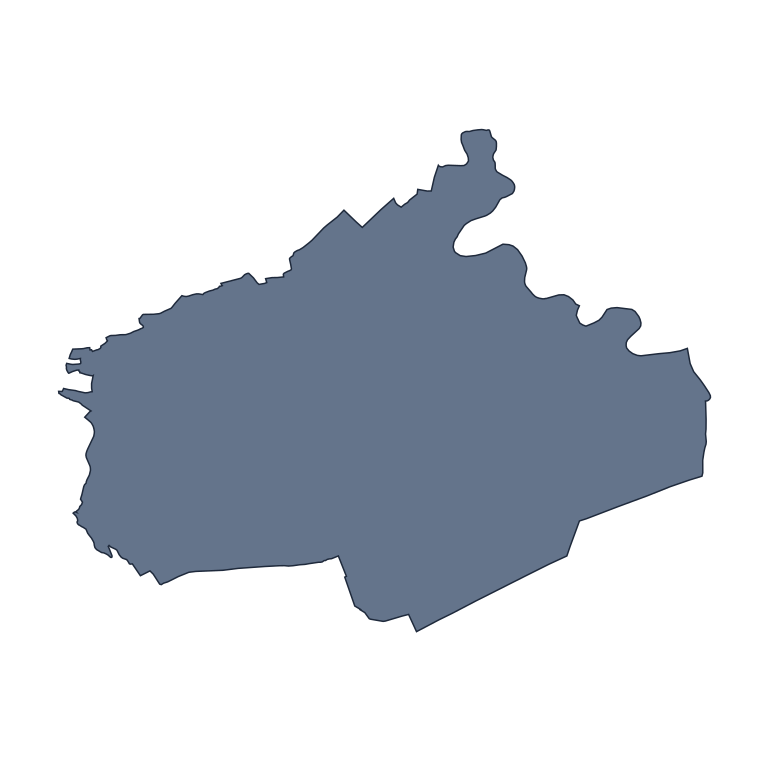 the district of Grosi, Maramures, Romania, rotated 177°
{"feature_id": "2599482B61705992201694", "entity_name": "Grosi", "entity_type": "district", "adm_level": 2, "iso_a3": "ROU", "parent_name": "Romania", "parent_adm1": "Maramures", "projection": "natural_earth1", "projection_center": [23.601, 47.611], "detail": "fine", "context": "isolated", "style": "filled", "palette": "slate", "viewbox_px": 768, "rotation_deg": 177, "n_neighbors": 0, "source": "geoboundaries", "source_scale": "gbopen_adm2", "svg_char_len": 6133}
<svg xmlns="http://www.w3.org/2000/svg" viewBox="0 0 768 768"><g transform="rotate(177 384 384)"><path d="M318.3,599.5L322.9,587.8L326.7,574.3L330.6,574.4L340.1,576.6L341.0,571.9L348.8,566.4L350.9,564.0L354.0,562.4L357.6,559.7L361.2,562.2L362.9,564.3L364.6,568.9L377.7,558.5L397.5,541.5L403.1,547.1L414.9,559.7L421.9,553.2L432.5,545.7L436.1,542.9L448.4,531.3L451.9,528.6L457.7,524.5L461.4,522.5L463.5,521.9L464.9,521.2L466.2,520.5L467.2,519.6L468.1,517.0L468.7,516.5L469.7,516.1L471.6,514.5L471.8,513.9L471.7,512.9L470.9,508.1L470.4,503.8L470.8,502.9L472.4,502.1L474.1,501.6L477.9,499.9L478.8,498.9L478.6,496.2L484.9,495.9L490.2,496.1L496.7,495.4L495.8,491.4L497.9,490.7L503.6,490.0L505.4,491.7L508.8,496.8L513.3,501.6L514.3,501.6L515.8,501.2L517.5,500.4L520.2,497.9L520.8,497.5L522.0,497.0L541.6,493.0L540.7,491.1L540.4,490.7L542.6,490.1L543.2,490.2L544.0,489.0L545.6,487.9L547.7,487.6L549.9,486.7L553.5,486.0L557.8,484.6L559.2,483.9L560.2,482.8L564.3,483.7L566.6,483.8L570.3,483.2L574.6,482.0L577.0,481.7L579.3,482.1L581.2,482.8L588.3,475.6L591.6,471.8L592.6,470.8L593.3,470.5L599.4,468.2L603.3,466.4L604.8,466.0L610.4,465.7L620.7,466.1L621.5,465.7L623.9,462.8L624.3,462.3L625.2,462.2L624.9,458.7L624.6,457.7L623.3,456.2L622.1,455.3L621.7,454.8L621.4,454.0L621.3,453.5L621.4,453.1L622.5,452.4L624.6,451.8L624.8,451.5L627.3,450.6L631.2,449.5L634.5,448.0L638.8,446.9L639.8,446.8L644.7,447.0L649.5,446.6L654.2,446.7L655.2,446.5L659.1,444.8L658.5,442.4L657.9,441.9L658.0,441.4L660.5,439.2L664.6,436.8L664.8,436.6L664.9,435.2L665.7,434.3L668.0,433.2L668.8,433.2L673.4,431.8L674.3,433.5L675.8,433.4L676.0,435.7L678.6,435.7L682.2,435.1L684.3,435.0L693.0,435.1L694.2,432.6L695.8,429.7L697.1,426.0L694.7,425.3L691.5,424.8L689.0,424.9L685.8,425.4L686.0,424.0L685.6,421.9L685.8,420.5L686.4,420.1L688.1,419.9L693.8,419.8L695.6,420.1L699.8,421.2L700.5,419.4L700.2,417.5L700.4,416.4L700.3,415.4L700.0,414.3L699.1,412.4L698.4,411.3L698.0,411.3L694.5,412.7L691.6,413.5L690.1,413.9L688.2,413.9L688.3,413.6L688.2,413.2L687.1,412.1L687.2,411.2L685.2,410.6L681.5,409.1L677.2,407.9L674.8,407.4L674.3,407.4L674.0,407.6L676.0,399.7L676.2,395.1L675.8,391.6L677.3,391.5L680.1,390.9L682.9,390.8L690.0,392.7L692.5,393.6L699.3,394.9L704.2,396.3L704.7,395.2L705.8,393.4L709.3,393.7L709.1,391.6L708.4,391.4L707.0,390.0L701.4,386.5L699.3,386.2L699.0,385.9L698.7,385.1L696.2,384.2L695.4,383.6L689.8,381.9L687.2,379.7L686.5,378.7L678.0,372.4L679.3,371.7L684.6,366.5L679.2,361.5L678.2,360.3L676.8,357.5L676.4,356.2L676.0,354.3L675.7,351.8L675.9,349.9L676.6,347.0L683.2,334.8L684.4,332.3L685.2,329.9L685.4,328.3L685.1,326.1L682.2,318.3L681.7,316.7L681.6,314.3L681.7,312.9L683.0,308.5L685.6,304.0L686.4,302.1L686.7,300.6L688.3,299.1L689.2,297.3L691.4,289.6L693.1,284.9L691.3,281.8L692.3,279.4L694.1,277.7L694.4,277.1L694.7,276.0L695.2,275.2L696.1,274.3L697.4,273.4L698.2,272.6L697.7,271.9L699.0,272.5L700.0,272.2L701.2,271.3L698.6,268.4L697.4,266.1L697.1,264.6L697.1,263.2L697.7,262.4L697.7,261.7L697.3,260.5L696.3,259.3L695.4,258.9L693.4,257.4L691.9,256.6L689.2,254.6L687.7,250.5L686.3,248.3L684.2,245.4L682.3,241.6L681.9,240.2L681.7,237.8L681.2,235.7L679.7,233.7L674.9,230.5L672.6,230.0L670.1,228.7L668.5,227.6L666.1,225.2L665.1,225.1L664.7,225.5L664.6,226.7L667.0,233.9L667.9,236.3L667.0,237.2L665.6,235.7L660.6,233.0L659.4,232.0L657.4,227.4L655.6,224.9L654.1,223.7L650.2,222.1L649.0,220.4L647.7,217.8L646.9,217.4L644.7,217.5L637.3,205.3L627.5,209.6L624.4,206.2L618.5,195.9L616.9,195.3L614.6,196.6L610.4,197.7L599.4,202.5L588.7,206.2L581.7,206.7L554.6,206.4L539.4,207.5L512.7,208.0L498.6,208.0L493.0,207.8L488.9,207.2L484.3,207.3L477.6,207.9L472.3,208.0L468.3,208.5L458.8,209.4L456.7,209.3L454.9,209.6L453.1,210.8L451.6,210.8L449.9,211.8L447.7,212.2L445.5,212.3L438.6,214.7L431.6,193.9L433.3,193.2L424.8,163.8L419.2,160.1L419.6,159.8L415.1,156.7L411.1,150.5L410.3,150.0L409.2,149.7L397.3,147.0L395.0,147.2L378.0,151.3L371.5,152.6L364.5,135.0L341.5,145.6L327.7,151.5L303.7,162.5L252.8,184.9L228.7,195.4L210.4,202.7L206.6,212.2L196.0,237.0L188.8,238.9L156.7,249.3L126.8,258.6L103.9,266.4L83.7,272.2L71.3,275.3L70.3,278.6L69.7,291.2L68.1,299.1L66.9,303.6L65.6,307.0L65.2,309.6L65.5,317.3L64.8,322.0L64.2,331.9L63.8,349.1L63.9,350.1L61.9,350.3L60.7,350.9L59.5,352.0L58.7,353.4L58.7,355.3L60.0,358.4L64.3,365.8L67.9,371.5L74.1,380.1L77.2,388.4L79.2,403.7L86.4,401.6L96.9,400.3L107.9,399.9L125.9,398.7L129.5,399.3L134.0,401.3L137.5,404.1L139.8,407.2L140.2,409.7L139.9,412.7L138.4,415.5L135.1,418.7L126.3,426.0L124.6,428.6L124.2,431.5L124.9,435.1L126.0,438.0L129.5,443.3L132.6,445.5L147.3,448.1L153.2,447.9L157.4,446.7L162.8,439.3L166.0,436.4L171.2,434.0L179.3,431.2L182.5,432.6L185.3,434.6L187.7,440.4L188.4,442.5L186.9,447.7L184.8,451.9L188.3,453.8L191.0,458.1L195.2,461.7L199.6,463.7L204.8,463.8L217.9,460.8L218.5,461.0L219.2,460.7L221.3,460.8L224.7,461.6L227.1,462.6L228.8,463.8L231.1,466.3L232.1,467.8L236.6,473.6L237.4,474.8L238.2,477.4L238.3,479.1L237.9,482.9L235.6,490.6L235.4,492.2L235.6,493.8L236.5,497.6L239.4,504.5L243.6,511.2L247.9,515.0L251.9,516.6L257.9,517.4L275.6,509.4L285.8,507.5L295.4,507.0L301.2,508.2L305.6,511.4L306.7,512.8L307.8,517.1L306.8,521.9L305.2,524.9L303.3,527.1L301.9,529.9L295.6,538.2L293.3,539.9L288.6,542.6L283.7,544.1L274.6,546.4L272.6,547.1L268.9,549.1L266.4,551.1L263.3,554.6L258.6,562.0L256.2,563.7L253.7,564.1L251.7,564.8L245.8,567.5L244.1,569.9L243.5,571.7L243.2,573.6L243.2,574.8L243.5,576.4L244.4,578.1L245.5,579.8L246.7,581.1L250.1,583.6L254.7,586.3L259.3,589.4L260.3,590.2L261.3,592.2L261.6,593.3L261.6,594.7L261.5,596.0L261.5,599.0L262.0,600.4L262.9,601.6L263.5,604.5L263.2,606.2L262.5,608.2L259.8,611.9L259.3,615.2L259.1,618.7L259.3,620.3L259.9,621.5L263.2,624.5L263.8,625.4L265.0,630.6L265.4,631.8L265.9,632.2L266.8,632.3L268.5,631.9L271.4,632.7L273.1,633.0L277.0,632.9L281.8,632.5L285.4,631.7L288.2,631.9L289.5,631.8L292.3,630.6L293.2,629.8L293.6,629.2L293.8,628.4L294.2,624.2L293.9,621.2L292.9,618.5L291.2,613.2L289.0,609.2L288.0,605.5L288.0,602.2L290.1,599.4L292.6,598.0L295.9,598.0L308.4,599.1L311.1,598.9L314.1,597.7L316.2,598.0L318.0,599.0L318.3,599.5Z" fill="#64748b" stroke="#1e293b" stroke-width="1.5"/></g></svg>